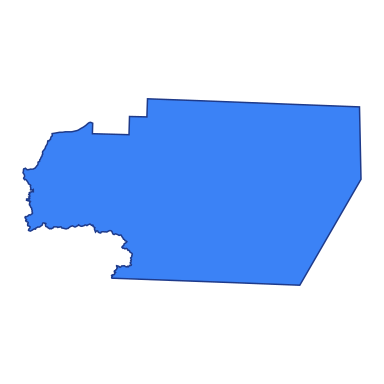 Tehuelches, Chubut, Argentina (Albers equal-area conic projection)
{"feature_id": "61730980B58139732195743", "entity_name": "Tehuelches", "entity_type": "district", "adm_level": 2, "iso_a3": "ARG", "parent_name": "Argentina", "parent_adm1": "Chubut", "projection": "albers", "projection_center": [-71.521, -44.219], "detail": "fine", "context": "isolated", "style": "filled", "palette": "blue", "viewbox_px": 384, "rotation_deg": 0, "n_neighbors": 0, "source": "geoboundaries", "source_scale": "gbopen_adm2", "svg_char_len": 5725}
<svg xmlns="http://www.w3.org/2000/svg" viewBox="0 0 384 384"><path d="M359.5,106.9L291.6,104.3L202.0,100.8L147.5,98.8L146.9,116.9L129.5,116.5L129.0,134.7L92.4,133.7L92.7,123.2L90.6,122.3L89.2,122.6L88.0,123.4L85.8,125.4L83.4,127.1L80.8,128.5L78.3,130.1L76.9,130.6L72.6,131.6L71.2,131.8L66.8,131.8L65.3,131.8L62.4,132.3L59.5,132.3L55.1,133.1L52.1,133.6L52.3,135.8L51.9,136.2L51.3,136.5L51.1,136.9L50.5,138.6L50.6,139.1L50.5,139.4L49.0,140.5L48.8,140.6L48.8,140.9L48.0,140.8L47.8,140.9L47.7,141.4L47.6,142.3L47.5,142.8L47.4,143.4L47.1,144.3L45.7,146.4L45.4,147.2L45.4,147.9L45.1,148.2L44.8,149.0L44.2,149.6L43.7,150.3L43.2,150.8L42.6,151.7L42.5,152.9L42.7,153.7L42.7,154.2L42.5,154.6L42.3,154.7L42.1,155.0L42.0,155.8L41.7,156.7L41.3,156.9L41.1,157.2L41.1,157.4L40.8,158.0L40.3,159.3L39.7,159.9L39.6,161.1L39.6,161.3L39.1,161.7L38.3,161.9L38.1,162.1L38.0,162.7L38.1,163.5L37.8,164.7L37.6,165.1L36.8,165.8L36.3,166.7L35.8,167.1L35.0,168.2L34.5,168.3L33.2,169.1L31.0,169.2L30.4,169.1L29.8,169.4L29.4,169.4L28.3,169.7L27.0,169.7L25.4,168.2L24.6,168.6L23.8,168.8L23.6,169.1L23.4,170.1L23.5,170.8L23.4,171.3L23.1,172.2L23.0,172.6L23.2,173.1L23.6,173.6L24.3,174.7L24.6,176.1L24.4,176.9L23.7,177.9L23.6,178.2L23.7,178.5L24.6,179.7L25.0,179.4L25.3,179.3L26.5,180.2L27.0,181.0L27.5,181.7L28.2,182.7L28.4,183.3L28.4,183.6L28.6,183.7L29.0,184.2L30.0,184.7L30.6,185.2L30.7,185.6L30.3,186.4L30.8,188.0L30.8,188.7L30.5,189.5L30.5,189.8L30.8,190.0L31.9,189.8L32.5,190.0L33.3,189.5L33.4,190.4L33.2,190.9L33.2,191.2L33.4,191.6L33.4,191.8L33.1,191.8L32.2,191.4L31.6,191.9L30.9,191.9L29.5,192.6L29.3,192.8L29.5,193.0L29.8,193.0L29.9,193.5L29.8,193.8L28.9,194.2L28.8,194.4L28.7,194.7L29.3,194.9L29.7,195.4L29.8,196.4L28.7,197.0L29.3,197.9L29.7,198.1L29.7,198.6L29.3,199.1L29.1,199.2L28.8,199.2L28.3,198.8L28.0,198.8L27.5,199.0L26.7,199.0L26.8,199.6L26.4,200.1L26.5,200.3L27.2,200.4L27.6,200.7L28.5,200.7L29.2,200.8L30.2,201.3L29.5,201.8L30.0,202.5L29.5,203.5L29.4,204.7L29.5,205.0L30.0,205.1L30.1,205.7L30.3,206.1L30.7,207.1L31.0,207.6L31.5,207.9L31.7,208.7L31.7,209.0L31.8,209.8L32.1,210.4L32.3,210.7L32.3,210.9L32.1,211.3L32.0,211.9L32.5,212.8L32.5,213.3L32.3,213.7L31.6,214.0L30.6,214.9L30.3,215.0L29.4,214.8L29.1,214.9L28.6,215.1L27.7,216.2L27.1,216.3L26.4,216.8L25.4,216.6L25.1,217.1L25.0,217.6L25.3,218.0L25.5,218.6L25.8,219.0L26.2,219.3L26.6,219.8L26.5,220.0L25.7,220.5L25.8,221.0L26.5,221.6L27.5,221.9L28.0,222.3L28.2,222.6L28.2,222.9L28.2,223.1L27.8,223.5L27.7,223.8L27.7,224.1L27.8,224.2L27.8,224.6L27.6,224.8L27.7,225.6L28.0,225.9L28.6,225.9L30.0,226.7L30.1,226.9L30.1,227.3L30.0,227.7L29.7,228.3L29.4,228.6L29.0,228.9L28.8,229.2L28.7,229.6L28.5,230.1L28.5,230.4L29.1,230.7L30.3,231.1L30.6,231.0L32.2,230.2L33.3,229.4L34.1,229.1L34.4,228.8L34.7,228.8L35.2,229.2L35.4,229.2L35.6,229.0L36.0,227.9L36.9,227.6L37.7,227.0L39.0,227.1L39.8,226.9L40.3,226.4L42.1,225.2L42.4,224.8L42.5,224.4L42.6,223.5L42.8,223.1L43.4,222.9L43.9,222.9L44.5,223.3L44.7,223.2L45.2,223.3L45.8,223.4L45.9,223.5L45.9,223.8L45.4,224.4L45.4,224.9L45.7,226.1L45.8,226.4L46.1,226.6L47.5,227.1L48.2,228.0L48.8,228.2L49.5,228.8L50.5,228.5L51.1,228.9L51.4,228.7L51.6,228.5L52.2,228.4L52.5,228.1L53.3,227.8L53.5,227.5L53.7,227.0L53.9,226.8L56.5,226.9L56.9,226.8L57.8,227.5L58.8,227.1L59.7,227.1L60.5,226.8L61.0,226.8L61.8,228.0L63.2,228.2L65.4,228.8L66.3,228.9L66.9,228.6L68.2,228.4L68.5,227.9L69.8,227.1L70.4,226.5L71.8,226.1L72.3,225.8L72.5,225.8L73.3,226.3L73.8,226.5L74.6,226.9L75.4,226.9L75.7,226.8L76.5,226.3L78.1,225.5L78.5,224.8L80.3,226.0L80.9,226.2L81.9,226.3L84.4,225.5L85.1,224.9L86.3,225.2L86.9,225.6L87.1,225.4L87.7,225.0L89.7,224.1L90.1,224.1L90.7,224.5L91.4,225.3L91.9,225.4L92.4,225.1L93.0,225.2L93.1,225.4L93.0,225.8L93.0,226.2L93.1,226.5L93.7,226.8L94.9,227.8L94.5,228.3L94.4,229.0L95.5,232.1L96.6,230.9L97.3,230.9L97.7,231.0L97.9,231.3L98.1,232.0L99.0,232.6L100.0,232.9L100.7,233.0L101.0,232.6L101.1,232.2L101.3,232.0L101.8,231.8L103.4,231.7L104.4,231.9L105.5,231.8L106.2,232.0L107.1,231.9L107.8,231.5L108.4,231.1L109.6,230.6L110.2,230.6L110.9,230.7L111.6,231.2L112.0,231.7L112.3,232.7L112.9,233.8L113.3,234.3L113.6,234.4L114.3,234.5L115.1,234.0L115.5,233.8L117.5,234.5L119.1,235.4L120.7,235.0L121.0,235.0L121.2,235.3L122.2,237.0L122.8,237.8L123.2,238.5L123.5,239.2L124.2,239.4L124.5,239.6L125.0,240.6L125.2,240.8L126.0,241.0L126.9,241.6L126.8,241.9L125.5,243.1L124.9,243.3L124.1,243.9L124.0,244.1L124.0,244.7L123.8,245.2L123.5,245.4L123.3,245.7L122.6,246.2L122.6,246.4L122.0,246.9L121.9,247.3L122.0,247.5L122.5,247.8L122.8,248.2L123.1,248.0L123.3,248.0L123.7,248.3L124.4,248.4L124.9,248.9L126.2,248.4L127.2,248.9L127.6,249.6L127.6,249.9L127.8,250.1L128.1,250.4L128.7,250.2L129.3,250.7L129.6,251.0L129.9,252.0L130.1,252.2L131.6,253.1L132.3,253.9L132.2,254.7L131.8,255.2L132.0,255.7L131.7,256.4L131.6,257.0L131.4,257.3L130.9,257.6L130.6,258.0L131.0,258.6L131.4,259.4L131.4,259.6L131.3,259.8L130.8,260.2L130.7,260.5L131.1,261.0L131.1,261.3L131.0,261.7L130.9,262.2L130.3,262.4L130.3,262.8L130.4,263.4L131.4,264.6L131.4,264.8L131.3,265.1L130.8,265.5L130.2,265.6L129.4,265.4L129.2,265.8L128.3,266.8L127.4,266.3L127.0,266.9L125.8,266.7L124.8,266.1L124.5,265.8L124.0,265.7L123.4,265.9L121.8,265.9L121.0,266.6L120.9,266.9L120.1,267.3L119.6,267.1L119.3,266.6L118.3,266.1L116.6,265.7L116.6,266.2L116.7,266.8L117.5,267.5L117.5,267.8L117.0,268.1L116.8,268.4L116.8,268.8L116.7,269.1L116.3,269.6L115.6,270.0L115.5,270.5L115.4,270.6L114.5,270.8L114.4,271.2L114.3,271.6L115.0,272.1L115.4,272.5L114.6,272.8L114.8,273.6L114.7,273.9L114.3,274.5L113.7,274.5L113.0,274.8L112.7,275.2L112.6,275.6L112.1,275.0L111.6,275.6L112.2,276.2L111.7,277.1L111.7,277.9L112.0,278.2L229.9,282.5L299.8,285.2L361.0,179.3L359.5,106.9Z" fill="#3b82f6" stroke="#1e3a8a" stroke-width="1.5"/></svg>